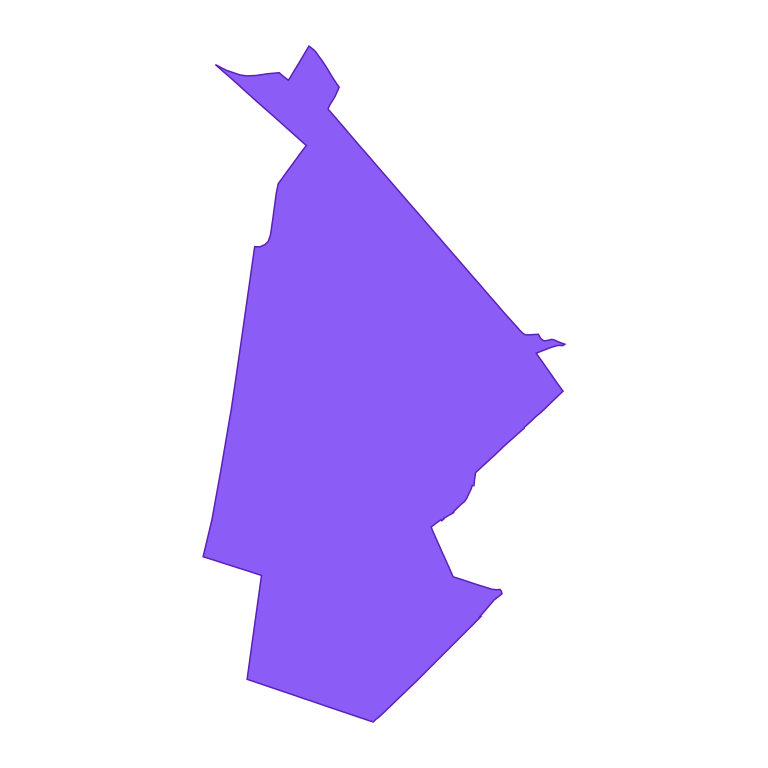 Valle de Chalco Solidaridad, México, Mexico
{"feature_id": "50627088B34446663804025", "entity_name": "Valle de Chalco Solidaridad", "entity_type": "district", "adm_level": 2, "iso_a3": "MEX", "parent_name": "Mexico", "parent_adm1": "México", "projection": "orthographic", "projection_center": [-98.94, 19.283], "detail": "fine", "context": "isolated", "style": "filled", "palette": "violet", "viewbox_px": 768, "rotation_deg": 0, "n_neighbors": 0, "source": "geoboundaries", "source_scale": "gbopen_adm2", "svg_char_len": 4717}
<svg xmlns="http://www.w3.org/2000/svg" viewBox="0 0 768 768"><path d="M292.2,132.9L303.8,143.3L306.3,145.5L300.2,153.5L299.4,154.7L289.9,167.7L288.4,169.7L286.9,171.7L284.3,175.4L280.5,180.6L278.3,183.6L278.1,184.3L276.2,193.6L275.8,196.7L275.6,197.8L275.6,198.0L275.0,202.5L273.9,210.5L273.1,216.7L272.7,219.9L272.2,222.9L271.3,229.3L270.4,235.2L270.3,235.5L268.2,241.4L264.9,244.6L259.9,246.8L254.7,246.7L252.8,259.8L249.0,286.7L245.3,312.6L241.5,339.2L237.8,365.0L231.4,408.6L229.6,418.8L220.7,471.2L212.0,519.3L209.3,530.8L203.1,556.7L261.5,575.4L250.5,654.6L247.1,679.3L248.3,679.7L250.8,680.6L251.0,680.6L260.7,683.9L272.2,687.8L280.9,690.8L282.8,691.4L292.3,694.6L302.1,698.0L316.1,702.7L317.5,703.2L337.5,710.0L363.0,718.6L368.6,720.5L372.6,721.8L373.4,721.9L376.1,719.1L376.3,719.0L377.1,718.5L377.5,718.2L380.6,715.6L384.8,711.6L389.0,707.5L393.2,703.5L397.4,699.4L401.6,695.4L405.8,691.4L410.0,687.3L414.2,683.3L418.4,679.2L422.4,675.2L426.5,671.1L430.5,667.0L434.6,663.0L435.6,661.9L439.6,657.9L443.6,653.9L447.6,649.9L451.6,645.9L455.6,641.9L459.6,637.9L463.6,633.9L467.6,629.9L472.5,625.1L476.5,621.0L480.6,616.8L479.7,616.8L483.2,612.7L486.8,608.5L490.5,604.2L494.2,599.9L495.0,599.3L502.0,593.8L501.4,591.3L500.2,589.5L496.4,589.7L492.0,589.3L484.7,587.0L477.4,584.7L471.3,582.7L465.3,580.7L459.2,578.7L453.1,576.8L450.0,569.6L449.5,568.4L447.0,563.0L444.6,557.5L442.1,552.1L439.7,546.6L437.2,541.1L434.8,535.7L432.4,530.2L431.2,527.0L437.8,521.9L440.9,519.8L441.7,520.8L444.0,518.8L443.6,518.4L443.8,518.3L448.7,515.4L453.7,512.6L453.6,512.2L453.1,512.2L457.8,507.5L461.4,504.1L462.6,503.1L463.4,502.5L464.8,501.3L466.8,498.1L469.8,491.7L471.3,488.6L472.1,485.8L471.4,485.6L471.5,485.6L472.6,485.6L473.9,485.7L474.7,478.6L475.3,474.9L475.5,472.7L480.3,468.3L482.5,466.2L484.9,464.1L485.6,463.4L488.5,460.8L490.4,459.0L490.6,458.8L492.6,457.0L493.4,456.3L494.6,455.2L496.9,453.0L503.4,446.7L503.8,446.3L504.2,446.1L506.2,444.2L507.6,442.9L508.2,442.4L509.1,441.6L510.8,440.0L511.7,439.3L513.3,437.9L515.2,436.1L517.0,434.6L519.0,432.8L524.2,428.2L524.4,427.2L528.1,423.9L531.7,420.6L532.0,420.3L536.4,416.1L541.1,412.3L544.3,409.2L549.2,404.4L554.4,399.4L557.2,396.7L560.0,394.1L562.6,391.6L563.1,391.2L562.5,390.5L561.0,388.3L560.1,387.1L557.9,384.1L556.3,381.8L554.8,379.6L553.2,377.4L551.6,375.0L550.1,373.0L549.6,372.3L548.7,370.9L547.6,369.4L546.3,367.6L545.2,366.0L544.9,365.6L542.8,362.5L539.0,357.2L536.2,353.2L537.8,352.6L542.0,350.9L545.2,349.7L548.8,348.3L552.1,347.1L555.3,346.1L558.6,345.4L562.9,345.6L564.9,344.2L563.5,343.7L562.2,343.3L558.5,341.9L557.7,341.5L555.4,340.5L553.6,339.7L553.1,339.6L552.5,339.5L551.9,339.5L551.4,339.5L550.0,339.8L549.7,339.9L547.0,340.5L546.1,340.6L543.9,340.8L543.4,340.6L542.2,339.6L540.7,338.5L539.9,337.0L538.4,334.3L538.0,334.3L529.6,334.8L527.2,334.9L525.7,334.8L524.6,334.4L523.8,333.9L522.4,332.9L521.1,331.6L519.8,330.3L519.1,329.4L512.6,322.2L506.5,315.4L505.0,313.7L503.9,312.5L503.0,311.4L501.3,309.5L501.0,309.1L497.9,305.5L491.3,297.9L489.4,295.8L488.2,294.3L487.6,293.7L486.5,292.4L485.5,291.2L484.4,290.0L483.0,288.3L477.5,281.9L473.3,277.2L470.2,273.6L469.6,272.9L467.2,270.1L464.7,267.2L463.7,266.1L459.4,261.1L456.8,258.1L452.5,253.2L451.1,251.5L450.0,250.3L447.8,247.7L447.1,246.9L443.4,242.6L441.7,240.7L440.6,239.3L437.8,236.1L437.1,235.3L435.7,233.7L434.0,231.8L430.4,227.6L428.6,225.5L424.4,220.6L423.2,219.2L419.0,214.3L416.4,211.4L413.7,208.2L412.4,206.8L408.3,202.1L404.1,197.2L400.3,192.8L397.3,189.3L396.3,188.2L392.2,183.4L390.0,180.9L384.1,174.1L380.8,170.3L380.0,169.3L376.2,165.0L376.1,164.9L372.0,160.1L369.0,156.6L367.2,154.5L364.9,151.9L362.4,149.0L360.1,146.4L355.8,141.4L353.1,138.2L350.9,135.7L346.1,130.0L343.4,126.8L341.6,124.7L340.8,123.9L336.7,119.1L336.2,118.4L335.9,118.1L332.3,114.0L331.5,113.0L330.1,111.4L329.2,110.4L328.5,109.6L328.3,108.9L328.3,108.0L329.6,105.5L330.1,104.5L335.1,96.4L338.7,88.3L339.2,87.2L338.4,86.1L336.9,84.0L333.3,78.6L329.1,71.7L328.1,70.0L325.9,66.4L321.8,60.2L321.7,60.0L321.5,59.8L319.1,56.7L316.6,53.0L315.4,51.5L315.0,51.1L314.0,50.0L309.0,46.1L306.8,49.7L306.7,49.9L304.5,53.6L304.0,54.4L303.2,55.8L301.0,59.5L300.7,60.0L299.1,62.7L297.7,65.0L295.8,68.1L294.2,70.7L292.8,73.1L291.7,74.9L290.1,77.8L288.3,80.2L281.5,74.8L279.2,72.7L268.2,73.7L255.8,75.5L251.5,75.7L247.1,75.9L240.2,75.0L226.1,70.2L225.6,70.0L225.3,69.8L224.6,69.4L223.6,68.9L222.0,68.1L218.8,66.3L215.4,64.6L223.5,71.8L223.9,72.2L225.2,73.2L230.3,77.6L236.3,83.0L248.3,93.9L249.8,95.2L250.3,95.6L252.2,97.4L254.4,99.4L254.8,99.7L256.4,101.2L257.2,101.9L258.6,103.1L261.1,105.3L264.5,108.3L265.0,108.7L265.4,109.1L272.6,115.4L289.8,130.8L292.2,132.9Z" fill="#8b5cf6" stroke="#5b21b6" stroke-width="1.5"/></svg>